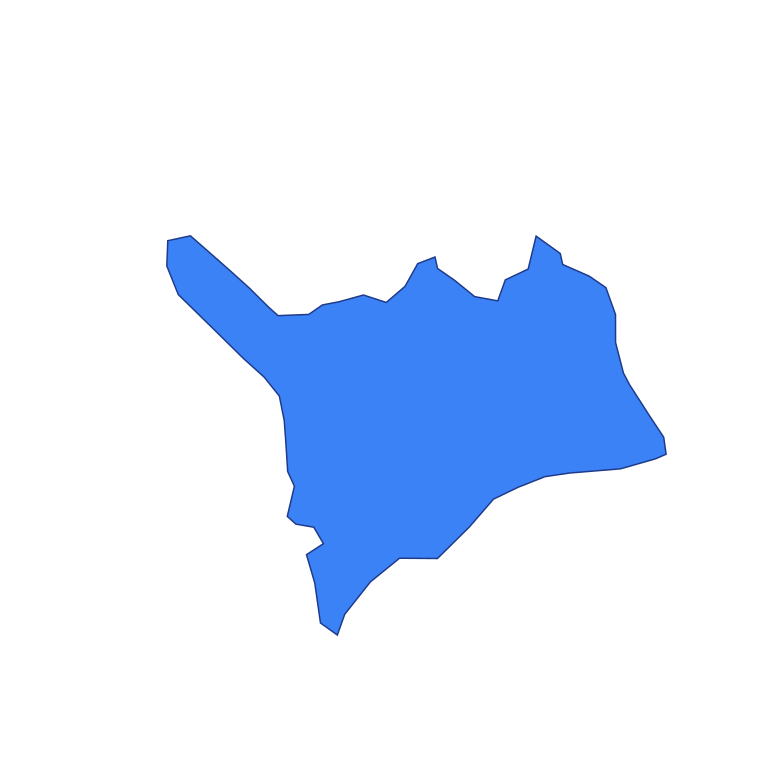 the district of Kissousa, Limassol, Cyprus, rotated 222°
{"feature_id": "46923920B24098617372182", "entity_name": "Kissousa", "entity_type": "district", "adm_level": 2, "iso_a3": "CYP", "parent_name": "Cyprus", "parent_adm1": "Limassol", "projection": "mercator", "projection_center": [32.799, 34.807], "detail": "fine", "context": "isolated", "style": "filled", "palette": "blue", "viewbox_px": 768, "rotation_deg": 222, "n_neighbors": 0, "source": "geoboundaries", "source_scale": "gbopen_adm2", "svg_char_len": 939}
<svg xmlns="http://www.w3.org/2000/svg" viewBox="0 0 768 768"><g transform="rotate(222 384 384)"><path d="M127.4,520.6L140.5,531.6L165.6,538.1L201.1,547.8L213.3,552.3L239.7,569.8L258.4,590.5L283.6,604.1L303.5,601.5L331.2,592.4L340.3,598.9L369.9,595.7L353.8,565.9L363.5,542.6L355.1,521.9L375.1,509.6L400.8,508.3L421.5,505.7L431.1,512.5L439.5,496.0L433.7,470.7L436.9,446.1L458.8,436.4L472.4,415.1L482.7,401.5L486.5,385.3L508.5,363.9L521.3,363.9L548.4,365.2L578.0,365.2L627.0,364.6L640.6,345.8L638.3,343.1L624.4,326.4L596.7,312.8L550.3,310.9L505.2,308.9L477.5,308.9L453.7,305.0L433.7,290.1L418.9,275.9L397.0,254.5L382.2,248.1L367.3,220.9L355.7,220.9L340.3,230.6L322.2,224.8L327.4,205.3L302.3,189.8L271.3,163.9L270.5,164.0L250.7,166.2L259.1,186.6L261.7,228.0L255.9,264.9L227.5,290.1L224.9,334.8L225.6,371.7L215.3,396.9L202.4,422.8L186.9,441.6L151.5,479.2L132.1,510.2L127.4,520.6Z" fill="#3b82f6" stroke="#1e3a8a" stroke-width="1.5"/></g></svg>